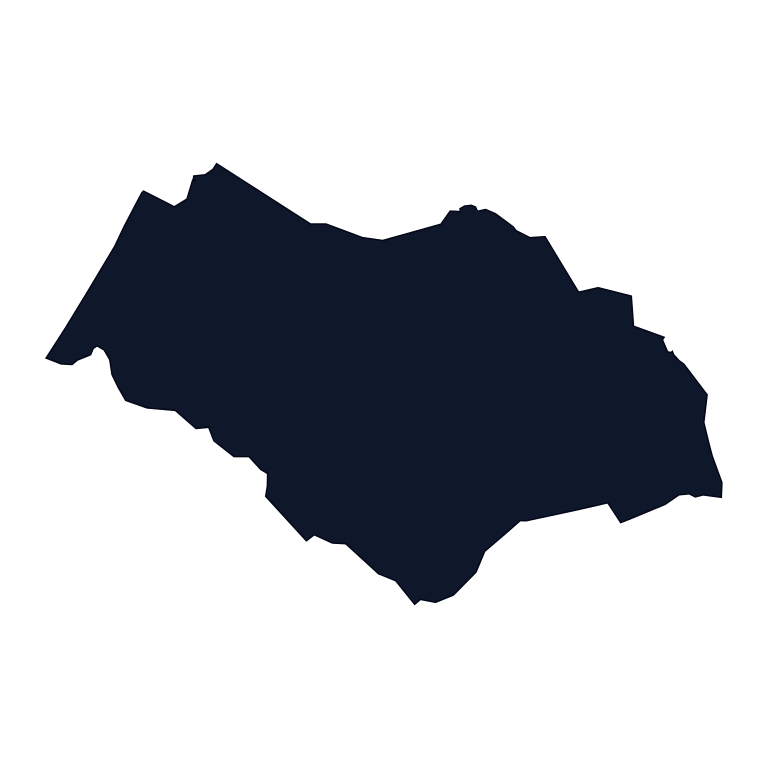 outline of Gialia, Paphos, Cyprus
{"feature_id": "46923920B52115855952843", "entity_name": "Gialia", "entity_type": "district", "adm_level": 2, "iso_a3": "CYP", "parent_name": "Cyprus", "parent_adm1": "Paphos", "projection": "robinson", "projection_center": [32.545, 35.082], "detail": "fine", "context": "isolated", "style": "filled", "palette": "ink", "viewbox_px": 768, "rotation_deg": 0, "n_neighbors": 0, "source": "geoboundaries", "source_scale": "gbopen_adm2", "svg_char_len": 1346}
<svg xmlns="http://www.w3.org/2000/svg" viewBox="0 0 768 768"><path d="M485.6,209.5L477.4,211.3L475.5,207.0L471.3,205.3L464.5,206.1L460.0,208.7L460.4,211.6L450.2,211.1L440.9,224.2L382.7,240.5L362.4,237.6L326.0,224.0L310.5,224.0L216.6,163.7L213.1,169.2L205.1,174.8L193.8,176.0L193.4,178.5L195.8,180.9L192.7,180.0L187.0,199.0L174.3,206.8L143.5,191.1L141.9,192.7L135.5,204.8L124.4,226.0L118.9,237.5L114.8,246.2L86.7,293.2L65.2,328.4L46.1,358.1L46.5,358.2L61.1,363.9L72.1,364.5L77.3,360.1L90.6,354.7L93.2,348.5L97.0,345.8L104.1,349.9L109.8,359.7L112.0,374.5L118.1,387.1L125.7,400.4L147.0,407.9L175.3,410.4L196.0,428.5L208.7,427.3L213.9,440.8L234.0,456.6L249.0,456.6L260.8,469.5L267.6,473.6L267.4,485.9L265.7,496.3L306.4,540.8L314.2,534.7L332.4,543.0L345.7,543.7L378.6,573.8L395.7,580.7L414.7,604.3L420.4,599.4L435.6,602.3L453.3,595.1L476.0,572.1L484.7,551.3L504.5,534.4L520.2,520.6L526.0,520.8L578.5,509.5L607.8,502.8L620.7,522.6L628.6,519.5L665.2,504.3L679.0,494.8L689.2,493.8L695.3,496.9L703.1,494.9L721.3,497.3L721.9,482.6L712.2,456.0L709.1,444.3L703.8,422.4L707.1,394.8L683.8,364.1L679.3,360.9L673.6,354.7L672.3,351.4L671.3,352.5L667.6,351.9L662.4,339.8L664.1,337.3L633.5,326.2L631.3,296.1L598.1,287.7L578.6,292.2L545.0,236.7L530.0,237.7L516.1,230.7L513.3,227.0L495.4,213.7L485.6,209.5Z" fill="#0f172a" stroke="#020617" stroke-width="1.5"/></svg>